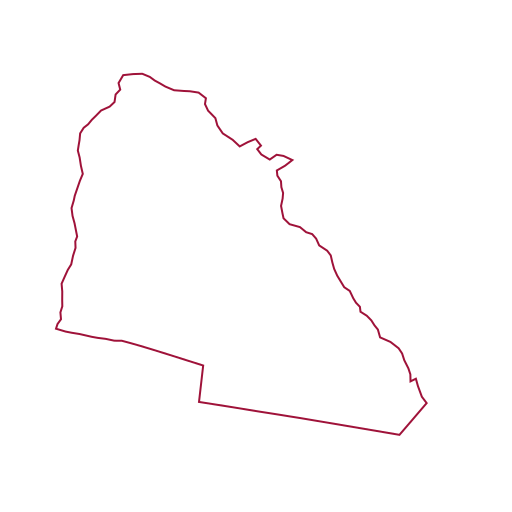 outline of Içara, Santa Catarina, Brazil, rotated 282°
{"feature_id": "56859067B6468412631318", "entity_name": "Içara", "entity_type": "district", "adm_level": 2, "iso_a3": "BRA", "parent_name": "Brazil", "parent_adm1": "Santa Catarina", "projection": "natural_earth1", "projection_center": [-49.261, -28.768], "detail": "fine", "context": "isolated", "style": "outline", "palette": "rose", "viewbox_px": 512, "rotation_deg": 282, "n_neighbors": 0, "source": "geoboundaries", "source_scale": "gbopen_adm2", "svg_char_len": 1719}
<svg xmlns="http://www.w3.org/2000/svg" viewBox="0 0 512 512"><g transform="rotate(282 256 256)"><path d="M147.6,453.5L152.8,447.5L162.5,441.4L169.2,437.9L165.5,433.2L172.3,431.6L177.8,428.4L184.9,422.7L191.0,419.2L195.4,414.7L199.9,405.4L202.2,394.3L209.4,390.5L212.8,386.3L217.0,382.2L220.6,376.8L223.2,369.8L227.9,368.2L231.1,363.5L234.9,359.9L241.3,355.0L243.8,348.8L253.7,339.5L259.7,335.1L265.6,332.0L272.1,329.0L276.0,324.5L279.5,315.6L285.5,311.2L289.1,306.4L289.7,300.1L293.4,293.0L294.1,282.2L298.6,275.1L303.3,273.0L310.2,270.1L317.7,270.1L323.3,269.4L328.6,266.5L334.3,264.9L339.0,260.2L344.0,258.6L350.4,265.7L357.4,271.6L359.6,262.1L359.3,255.1L353.2,249.4L356.4,240.1L360.8,235.0L365.0,237.9L370.5,231.3L365.6,224.2L359.8,217.3L364.8,209.0L369.0,198.0L375.6,191.1L382.4,187.6L388.2,178.9L394.0,174.5L399.9,174.2L403.9,165.9L403.4,157.1L402.4,151.0L401.1,141.4L402.9,132.1L404.9,126.1L406.6,120.4L409.1,114.9L410.6,106.9L408.4,98.0L405.3,88.5L396.6,85.6L390.5,88.6L384.8,85.1L377.2,85.6L371.7,81.8L366.1,74.2L359.6,70.1L355.1,67.1L349.9,64.4L345.6,60.8L339.4,58.5L332.5,59.3L327.5,59.5L322.1,59.8L315.7,63.0L307.8,66.0L300.3,69.5L292.9,68.1L277.3,66.2L272.3,66.2L264.5,65.6L257.1,68.2L250.3,71.7L237.9,77.0L232.7,76.2L226.4,77.8L218.2,77.0L209.4,77.0L203.3,74.8L196.5,73.3L188.5,71.6L180.9,73.9L173.0,75.5L166.5,77.0L160.2,76.4L153.6,78.4L148.2,76.0L143.3,75.5L142.5,85.4L142.6,91.7L143.0,99.7L142.8,112.2L143.0,118.1L143.7,126.2L143.7,135.0L145.2,142.4L144.7,151.6L144.0,161.8L143.1,172.6L141.5,190.1L139.5,210.6L137.9,227.1L101.4,230.6L103.0,260.2L104.5,291.7L105.1,302.5L105.6,311.7L106.1,322.0L106.7,333.4L110.9,433.5L126.8,442.2L147.6,453.5Z" fill="none" stroke="#9f1239" stroke-width="2"/></g></svg>